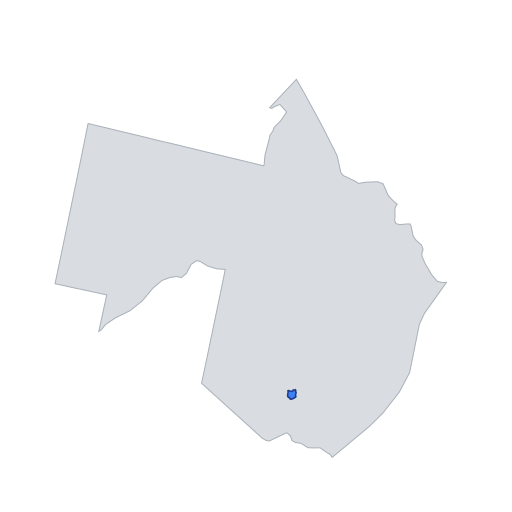 location of Cabricán, Quezaltenango, Guatemala, rotated 282°
{"feature_id": "79465075B20493832744336", "entity_name": "Cabricán", "entity_type": "district", "adm_level": 2, "iso_a3": "GTM", "parent_name": "Guatemala", "parent_adm1": "Quezaltenango", "projection": "albers", "projection_center": [-91.651, 15.106], "detail": "fine", "context": "in_parent", "style": "filled", "palette": "blue", "viewbox_px": 512, "rotation_deg": 282, "n_neighbors": 0, "source": "geoboundaries", "source_scale": "gbopen_adm2", "svg_char_len": 2680}
<svg xmlns="http://www.w3.org/2000/svg" viewBox="0 0 512 512"><g transform="rotate(282 256 256)"><path d="M74.8,372.3L77.2,369.9L79.2,364.3L81.7,358.6L80.2,352.0L79.3,346.7L82.1,338.9L81.8,333.0L83.1,329.4L87.3,327.1L89.5,322.7L77.7,307.3L77.8,303.8L79.3,299.5L88.9,283.1L100.2,263.6L112.7,242.1L120.2,229.2L147.5,229.2L165.5,229.1L188.5,229.0L213.4,228.9L229.8,228.8L236.5,228.7L235.3,220.2L236.1,210.9L239.1,202.5L239.1,198.8L234.2,194.2L224.7,191.6L219.4,187.6L219.4,182.5L217.1,176.4L212.5,169.1L203.0,161.8L188.6,154.2L176.3,144.1L166.2,131.3L157.7,123.1L151.1,119.7L149.5,117.9L168.7,118.0L186.9,118.1L187.0,99.8L187.0,83.6L187.1,65.2L220.0,65.1L259.2,64.9L299.9,64.7L331.9,64.4L350.7,64.2L350.1,87.0L349.4,113.3L348.8,132.7L348.2,158.6L347.4,185.1L346.5,221.2L345.8,244.5L346.3,245.0L357.0,243.8L373.0,244.6L376.9,244.5L381.8,246.5L385.5,247.0L393.7,252.2L403.3,256.0L409.2,247.9L406.0,243.1L403.6,240.7L403.9,238.5L437.2,258.8L433.4,262.1L425.1,269.6L410.0,282.5L396.5,294.0L383.4,304.5L371.7,313.9L370.3,314.8L355.3,321.6L352.8,324.7L349.7,337.8L348.3,341.0L351.1,348.3L353.9,359.5L353.1,365.3L342.8,372.6L338.1,379.2L336.0,383.4L334.1,382.4L330.9,382.1L323.4,383.8L319.8,384.2L316.8,386.0L316.6,390.1L318.6,396.6L319.4,400.0L317.3,401.6L308.1,405.6L304.5,409.5L301.1,415.6L297.1,418.1L292.9,417.7L289.9,418.6L283.5,423.2L274.0,432.0L268.9,438.6L268.8,443.4L269.8,447.8L234.7,432.6L223.0,430.0L173.9,430.5L152.8,424.5L128.8,412.8L112.6,402.1L74.8,372.3Z" fill="#d9dde1" stroke="#a8b0b8" stroke-width="1"/><path d="M133.4,322.2L133.2,322.0L133.1,321.9L132.9,321.6L132.8,321.2L132.8,320.8L132.7,320.6L132.7,320.2L131.9,320.0L131.4,319.7L131.2,319.5L131.1,319.3L131.0,319.0L131.0,318.9L131.0,318.4L130.9,317.8L131.0,316.9L131.2,316.3L131.2,316.0L131.2,315.8L131.0,315.6L130.9,315.3L130.8,315.2L130.2,315.5L129.7,315.7L129.4,315.7L126.9,315.8L126.7,315.8L126.3,315.8L126.2,315.9L125.9,316.1L125.5,316.1L125.4,316.2L125.4,316.3L125.3,316.5L125.2,316.6L124.8,316.6L124.7,316.8L124.5,317.1L124.6,317.3L124.6,317.6L124.3,317.9L124.2,318.0L124.0,318.6L123.6,318.6L123.4,318.8L123.4,319.1L123.2,319.4L123.2,319.7L123.1,320.0L123.3,320.2L123.4,320.4L123.4,320.7L123.9,321.2L124.0,321.3L124.0,321.8L124.3,322.0L124.7,322.3L124.8,322.6L124.9,322.8L125.2,323.0L125.4,323.0L125.6,323.1L125.6,323.3L125.8,323.7L125.9,323.9L126.0,324.0L126.3,324.1L126.5,324.2L126.8,324.3L127.0,324.2L127.3,323.9L127.8,323.6L128.1,323.7L128.4,323.7L128.7,323.5L128.9,323.4L129.1,323.4L129.3,323.6L129.5,323.6L130.0,323.6L130.6,323.7L131.0,323.5L131.1,323.4L131.5,322.9L131.8,322.8L132.0,322.9L132.4,323.0L132.6,322.9L132.9,322.8L133.4,322.2Z" fill="#3b82f6" stroke="#1e3a8a" stroke-width="1.5"/></g></svg>